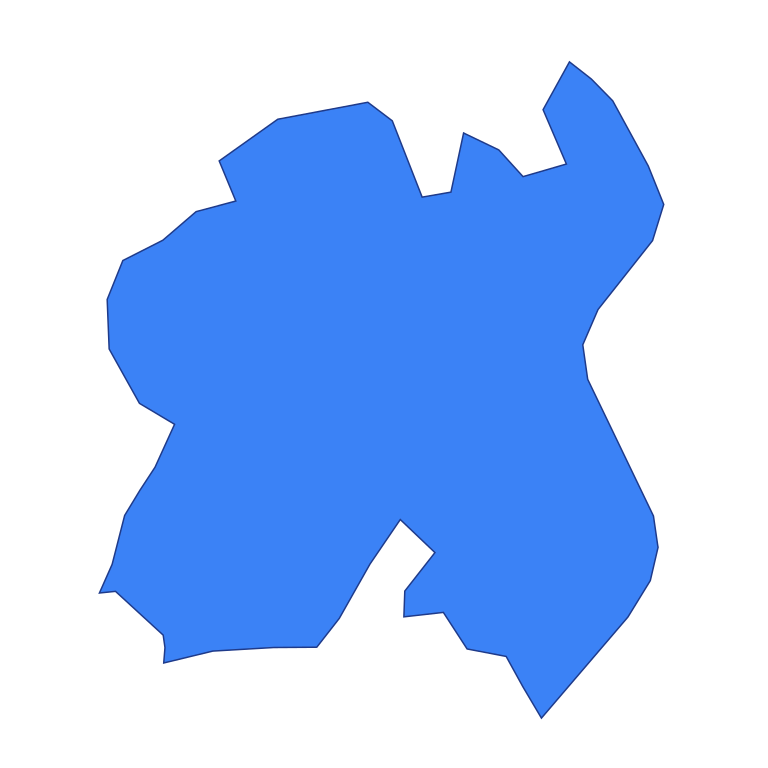 the border of Bauska, rotated 272°
{"feature_id": "LVA-1079", "entity_name": "Bauska", "entity_type": "Municipality", "adm_level": 1, "iso_a3": "LVA", "parent_name": "Latvia", "parent_adm1": "", "projection": "albers", "projection_center": [24.265, 56.397], "detail": "fine", "context": "isolated", "style": "filled", "palette": "blue", "viewbox_px": 768, "rotation_deg": 272, "n_neighbors": 0, "source": "natural_earth", "source_scale": "10m", "svg_char_len": 852}
<svg xmlns="http://www.w3.org/2000/svg" viewBox="0 0 768 768"><g transform="rotate(272 384 384)"><path d="M712.4,558.1L696.0,580.6L675.0,602.7L611.1,640.5L573.2,657.3L536.7,647.4L465.9,595.3L430.1,581.3L395.8,587.4L261.5,657.9L232.1,663.2L230.4,663.6L196.8,657.0L159.6,635.9L55.6,553.0L86.2,533.4L116.0,515.6L122.1,476.3L157.8,451.3L152.0,412.0L177.8,412.0L217.3,440.8L249.1,405.0L203.6,376.3L148.2,347.5L118.6,326.0L116.8,283.0L111.1,222.2L97.5,173.6L112.9,174.3L125.3,172.1L167.4,122.9L165.2,106.9L194.3,118.6L243.6,129.4L269.3,143.8L292.9,158.1L336.4,176.1L356.1,140.3L409.4,108.1L458.8,104.4L498.3,118.7L520.0,158.0L549.7,190.2L561.7,229.5L601.2,211.5L644.9,268.6L665.0,358.0L647.3,383.1L572.1,415.6L578.1,444.2L637.6,454.8L621.9,490.6L596.1,515.7L610.2,558.6L663.7,533.4L712.4,558.1Z" fill="#3b82f6" stroke="#1e3a8a" stroke-width="1.5"/></g></svg>